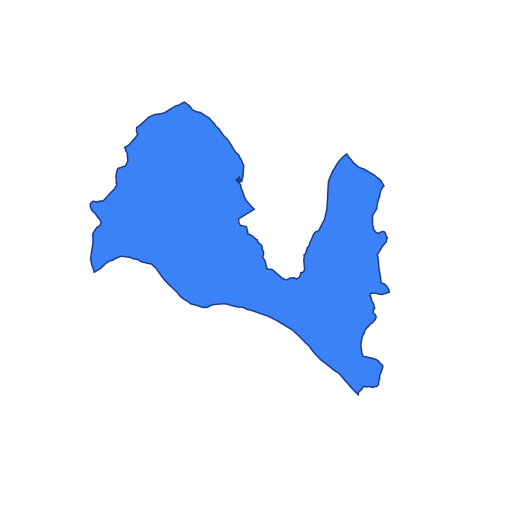 Suhag, Suhaj, Egypt (Equal Earth projection), rotated 328°
{"feature_id": "37247803B47370411243252", "entity_name": "Suhag", "entity_type": "district", "adm_level": 2, "iso_a3": "EGY", "parent_name": "Egypt", "parent_adm1": "Suhaj", "projection": "equal_earth", "projection_center": [31.692, 26.547], "detail": "fine", "context": "isolated", "style": "filled", "palette": "blue", "viewbox_px": 512, "rotation_deg": 328, "n_neighbors": 0, "source": "geoboundaries", "source_scale": "gbopen_adm2", "svg_char_len": 5575}
<svg xmlns="http://www.w3.org/2000/svg" viewBox="0 0 512 512"><g transform="rotate(328 256 256)"><path d="M110.2,184.0L118.1,184.2L120.9,183.4L125.1,182.6L130.0,182.7L131.4,183.6L133.5,183.6L135.6,183.7L141.3,184.7L142.7,185.5L144.7,187.3L146.8,189.0L147.8,189.9L148.9,190.8L150.3,193.3L151.6,194.2L153.7,196.0L155.8,200.2L156.5,201.1L158.5,202.8L159.9,204.6L161.9,206.2L163.4,208.0L163.4,208.9L164.7,213.1L165.2,223.3L165.8,228.4L167.1,234.4L169.4,242.9L169.8,244.6L170.4,250.5L171.7,254.0L174.4,259.1L175.1,261.7L179.9,266.9L183.4,271.2L187.5,273.8L191.0,273.9L194.5,274.8L201.5,278.4L204.3,280.1L206.4,281.9L208.4,284.4L211.9,287.9L214.7,290.5L217.5,292.3L220.2,296.6L221.9,298.2L223.6,300.0L227.1,304.4L230.5,308.7L234.0,313.0L236.2,316.4L236.7,317.3L238.8,320.7L242.8,328.4L247.6,337.9L250.2,347.2L252.2,356.6L253.5,360.9L253.4,364.3L253.6,365.1L254.1,369.4L256.0,378.7L258.7,385.6L260.7,391.5L262.0,395.0L264.1,399.3L264.7,402.7L265.4,407.9L266.0,411.2L267.2,418.8L267.4,419.9L267.9,422.2L269.1,427.8L270.7,425.9L274.9,425.1L277.8,423.5L281.3,426.1L283.4,427.0L284.7,428.8L286.1,429.6L287.5,429.7L289.6,430.6L291.7,429.8L292.5,428.9L294.6,426.4L296.0,425.6L296.8,423.9L298.2,422.3L301.0,420.6L302.5,419.0L303.9,418.2L305.3,416.5L305.4,415.6L304.7,413.9L304.1,409.7L303.4,408.0L302.7,407.1L301.3,405.4L299.9,403.7L297.9,401.9L296.5,400.2L295.8,400.2L294.4,398.4L293.7,397.6L293.7,396.7L294.0,395.8L294.5,394.2L296.0,390.8L297.4,387.5L299.6,385.0L301.7,382.5L303.2,380.8L304.6,380.0L305.2,379.7L307.4,378.4L308.9,376.7L311.0,375.9L314.5,375.2L316.7,374.4L318.8,374.4L321.6,373.6L322.3,373.6L323.7,372.8L325.1,372.0L325.9,370.3L325.9,368.6L325.2,366.9L325.2,366.1L327.4,363.6L328.8,363.6L329.6,361.1L329.6,360.2L330.3,359.4L330.3,357.7L330.4,355.2L331.1,353.5L331.8,351.0L331.9,349.3L333.3,348.5L334.0,348.5L334.7,349.3L335.4,349.3L336.8,350.2L337.5,351.1L338.9,352.0L340.2,353.7L342.3,355.4L350.0,357.3L350.8,354.8L350.8,352.2L350.8,350.5L350.2,348.8L350.2,347.9L348.8,346.3L348.5,346.0L348.1,344.6L349.6,341.2L350.3,340.4L351.1,337.8L351.8,337.0L351.8,336.2L354.0,331.1L359.1,321.1L359.2,319.4L364.1,316.9L369.1,314.5L371.9,313.7L374.0,312.9L376.2,310.4L376.9,310.5L376.9,308.7L376.9,307.9L377.7,306.2L377.7,303.7L377.0,302.8L375.6,301.9L374.9,301.9L374.2,301.9L372.1,301.9L371.4,301.0L370.1,299.3L370.1,297.6L370.1,296.5L370.1,295.0L370.9,293.4L371.6,290.8L373.8,287.5L375.3,285.0L376.7,283.3L379.5,281.7L383.1,280.1L385.2,277.6L387.4,275.1L390.3,272.6L391.7,271.5L392.4,271.0L395.3,267.6L398.8,265.2L401.0,264.4L401.7,264.4L401.8,258.5L401.1,255.1L400.4,254.2L399.1,249.9L397.8,247.4L396.4,244.8L393.7,239.6L392.3,237.9L390.2,235.3L389.1,231.8L388.9,231.1L388.2,229.3L387.6,224.2L387.3,222.5L387.0,220.8L387.1,217.6L383.9,217.8L380.3,218.6L375.7,219.9L372.3,221.5L368.8,223.5L367.0,224.0L359.6,229.1L357.0,231.2L353.5,236.0L346.4,246.2L345.1,248.0L344.9,248.3L340.8,254.0L337.3,257.5L333.2,261.5L330.8,262.8L328.7,264.0L325.7,265.9L323.2,267.5L321.2,267.6L319.8,267.1L316.6,267.9L313.4,270.3L312.6,270.8L309.8,272.5L307.6,274.5L305.4,275.9L304.0,276.1L303.9,276.2L303.9,276.3L303.5,276.6L298.7,280.6L297.3,280.5L296.6,282.2L294.4,284.7L290.1,293.1L289.3,293.9L287.2,294.7L285.1,293.8L284.4,294.6L283.0,296.3L282.3,296.3L281.6,297.1L280.1,297.1L278.0,297.0L278.1,296.2L276.7,295.3L276.7,294.5L274.6,293.6L274.0,293.2L273.2,292.7L269.0,292.6L266.9,289.2L266.3,288.3L265.6,285.7L265.2,284.6L265.0,284.0L263.2,278.0L262.5,275.9L258.6,273.1L259.2,271.1L259.6,268.7L260.0,268.2L261.1,264.5L261.1,263.6L261.1,260.2L263.3,258.6L264.2,256.9L264.7,256.1L264.8,253.5L265.5,252.7L266.2,251.0L266.3,249.3L264.9,245.1L265.7,243.4L265.0,241.8L264.3,240.0L263.7,237.4L262.3,234.8L260.6,232.7L261.7,231.4L262.4,228.9L263.1,227.2L263.2,226.4L263.2,225.5L261.8,224.7L260.4,222.9L259.0,222.1L259.0,220.4L259.1,218.7L260.9,215.3L279.3,215.4L279.2,214.8L278.1,210.3L277.2,203.8L277.5,199.3L278.9,194.1L279.4,190.0L279.5,189.9L279.5,189.7L279.9,189.2L280.7,187.7L280.4,185.6L279.7,183.5L279.5,181.0L280.9,180.5L280.5,183.1L281.2,184.5L282.3,184.9L282.3,183.0L283.0,180.3L283.7,180.1L283.5,182.8L283.7,184.9L286.7,182.1L289.5,178.3L291.2,175.9L293.5,173.0L293.8,170.2L294.5,167.3L294.4,165.1L294.8,160.9L293.7,157.5L293.7,155.2L293.6,153.5L293.6,151.4L293.8,149.1L293.7,144.4L293.4,141.3L292.3,136.6L292.2,133.3L291.9,128.6L291.0,125.3L290.8,124.4L290.7,121.0L289.8,117.0L289.6,114.5L287.5,110.5L286.8,108.8L284.8,104.6L283.0,103.2L281.2,101.1L280.0,99.0L279.5,97.7L279.4,95.8L279.2,93.7L278.2,91.0L277.0,87.7L275.4,87.2L272.7,87.2L270.5,87.2L267.8,86.2L260.3,86.0L255.1,86.1L250.1,84.9L249.2,84.2L247.5,83.4L245.7,82.6L239.3,81.4L236.8,81.8L226.8,83.7L223.1,83.8L221.4,85.7L220.5,87.8L220.2,89.1L220.0,90.1L218.2,91.1L215.6,92.0L213.5,92.6L206.6,94.6L204.8,94.5L202.3,94.2L202.1,95.5L201.3,98.0L201.3,100.5L200.6,102.2L199.8,103.0L198.4,106.4L196.9,108.1L194.1,109.7L192.7,110.5L190.6,109.6L189.2,109.6L185.7,108.7L185.1,108.6L182.1,111.1L179.2,114.5L178.5,116.1L177.7,117.8L176.3,119.5L175.6,122.0L170.6,124.4L166.4,125.2L165.1,125.6L161.4,126.8L157.9,127.6L155.7,128.4L154.3,127.5L153.6,127.5L153.0,126.6L151.5,126.6L150.2,125.7L149.5,125.7L146.7,123.1L143.8,123.7L143.2,123.8L141.7,126.4L141.4,127.4L141.2,128.9L141.1,129.8L141.0,130.6L141.7,133.1L142.1,134.8L142.1,135.7L142.3,138.2L142.4,139.3L142.7,141.7L142.8,142.2L142.9,143.4L142.4,144.9L142.1,145.9L139.9,147.5L136.4,147.4L135.8,147.7L134.3,148.2L129.3,150.7L127.9,153.2L126.4,155.7L124.9,158.2L122.8,160.7L117.8,166.5L114.2,170.7L112.0,176.6L111.2,180.8L110.2,184.0Z" fill="#3b82f6" stroke="#1e3a8a" stroke-width="1.5"/></g></svg>